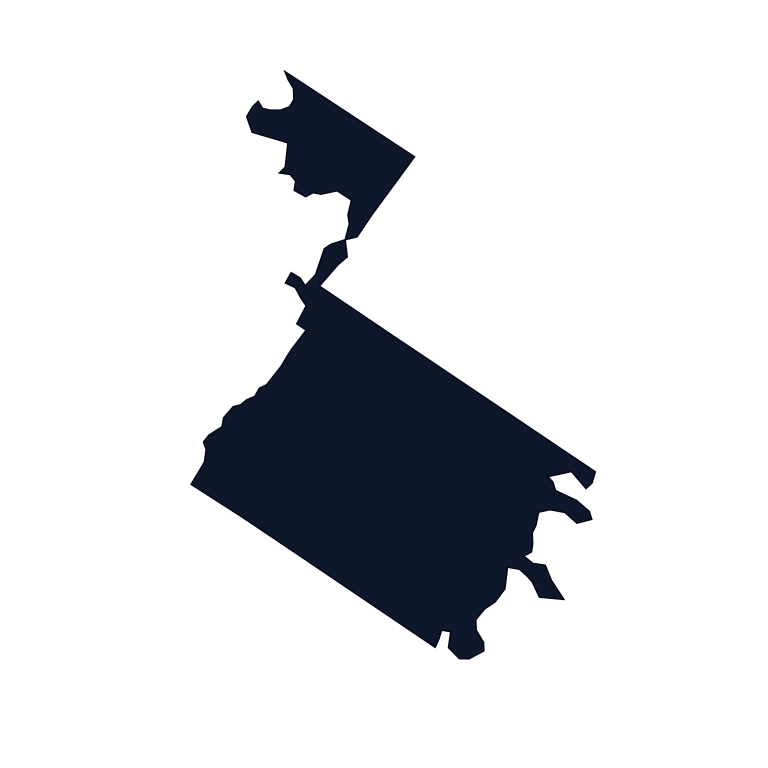 outline of Serafina Corrêa, Rio Grande do Sul, Brazil, rotated 38°
{"feature_id": "56859067B89620612627908", "entity_name": "Serafina Corrêa", "entity_type": "district", "adm_level": 2, "iso_a3": "BRA", "parent_name": "Brazil", "parent_adm1": "Rio Grande do Sul", "projection": "mercator", "projection_center": [-51.947, -28.687], "detail": "fine", "context": "isolated", "style": "filled", "palette": "ink", "viewbox_px": 768, "rotation_deg": 38, "n_neighbors": 0, "source": "geoboundaries", "source_scale": "gbopen_adm2", "svg_char_len": 1479}
<svg xmlns="http://www.w3.org/2000/svg" viewBox="0 0 768 768"><g transform="rotate(38 384 384)"><path d="M264.6,294.2L256.2,306.5L253.7,314.1L262.8,340.1L261.4,355.1L252.6,352.1L242.3,353.4L244.1,365.1L254.8,362.7L265.3,367.3L274.6,370.4L278.2,390.3L289.5,389.5L289.8,413.0L290.6,422.4L292.0,432.8L292.0,456.8L288.4,464.0L289.8,473.3L285.6,480.9L283.8,488.8L279.1,494.8L278.4,509.3L282.7,517.4L277.5,532.1L277.5,540.9L284.1,545.0L290.6,556.1L293.8,581.8L353.2,576.3L415.6,571.8L586.4,560.0L584.4,551.5L580.9,542.5L589.1,538.1L597.1,552.0L612.5,554.0L620.2,548.2L627.0,532.8L621.6,526.4L608.2,521.2L601.4,513.1L601.8,499.2L605.7,487.4L605.4,471.0L594.1,452.3L605.0,446.5L615.2,447.3L622.4,448.6L637.7,456.3L658.3,443.0L636.6,435.6L622.7,427.6L611.8,433.7L600.0,433.6L603.6,425.5L599.7,418.6L592.5,410.0L590.7,401.7L584.8,389.8L592.1,380.9L605.7,373.8L621.7,374.9L631.0,362.7L624.2,358.0L607.5,357.2L584.8,362.4L577.3,357.2L570.1,356.2L585.5,337.6L607.5,342.0L608.9,334.0L604.6,323.1L400.7,337.6L361.4,340.5L272.8,346.6L274.3,318.5L276.7,306.4L264.6,294.2ZM113.7,198.8L121.2,203.2L130.7,206.9L137.8,215.1L138.9,223.6L134.2,231.6L126.0,238.1L118.6,241.7L110.8,238.6L109.7,246.6L111.2,257.8L125.1,266.8L159.8,253.1L172.7,274.0L171.6,282.1L181.1,276.6L189.4,278.5L194.0,286.7L207.0,284.6L210.3,276.9L217.4,273.3L228.1,260.6L245.1,259.1L251.5,272.9L258.2,279.3L264.6,294.2L272.2,284.6L270.3,258.3L268.2,186.2L113.7,198.8Z" fill="#0f172a" stroke="#020617" stroke-width="1.5"/></g></svg>